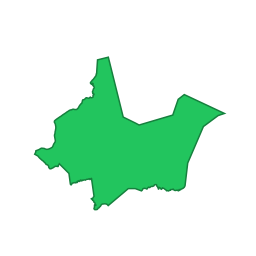 Siguatepeque, Comayagua, Honduras (Mercator projection), rotated 75°
{"feature_id": "27666195B5317078284159", "entity_name": "Siguatepeque", "entity_type": "district", "adm_level": 2, "iso_a3": "HND", "parent_name": "Honduras", "parent_adm1": "Comayagua", "projection": "mercator", "projection_center": [-87.863, 14.653], "detail": "fine", "context": "isolated", "style": "filled", "palette": "green", "viewbox_px": 256, "rotation_deg": 75, "n_neighbors": 0, "source": "geoboundaries", "source_scale": "gbopen_adm2", "svg_char_len": 5599}
<svg xmlns="http://www.w3.org/2000/svg" viewBox="0 0 256 256"><g transform="rotate(75 128 128)"><path d="M201.1,92.9L200.8,92.7L200.7,91.3L200.5,90.4L199.8,89.0L199.1,88.3L198.4,87.8L177.3,79.4L146.1,54.8L139.3,37.7L138.9,31.1L110.3,65.0L113.3,72.1L127.1,81.4L128.0,116.5L125.3,119.4L116.2,129.8L54.5,128.7L54.3,139.8L67.5,144.3L67.7,144.8L68.2,144.9L69.0,145.2L69.4,145.7L70.0,146.5L70.6,147.1L71.0,147.7L71.4,148.2L71.9,148.8L72.2,149.3L72.6,150.2L73.1,150.7L74.3,152.4L74.5,152.5L74.8,152.6L75.3,152.6L75.5,152.5L76.3,151.9L76.4,151.7L76.3,151.4L76.1,151.2L75.6,150.9L75.7,150.6L76.0,150.3L76.4,150.4L77.0,151.1L77.4,151.1L77.7,150.5L77.9,150.4L78.1,150.3L78.5,150.6L79.4,150.2L80.0,150.1L80.3,150.2L80.6,150.3L81.1,151.0L81.4,151.4L82.6,152.0L83.0,152.3L83.3,152.6L83.9,153.0L84.3,153.0L84.5,152.9L84.8,152.8L85.0,152.8L85.5,153.1L85.8,153.0L85.9,152.7L86.1,152.3L86.4,152.1L86.6,152.1L87.2,152.6L87.4,153.0L87.5,153.3L87.9,153.5L88.7,153.6L89.0,153.7L89.2,154.1L89.3,154.6L89.4,155.1L89.3,155.5L89.2,155.9L88.4,156.4L88.4,156.5L88.5,156.6L88.7,156.9L88.9,157.5L89.2,158.1L88.8,158.9L88.6,159.2L88.3,159.8L88.1,160.1L88.0,160.5L88.1,161.0L88.4,161.5L88.8,162.1L89.1,162.8L89.2,163.2L89.1,164.2L89.2,164.5L89.7,164.9L90.7,165.3L90.9,165.5L91.7,166.0L92.1,166.2L92.3,166.6L92.4,167.1L92.6,167.3L93.5,168.6L94.4,169.6L95.4,170.5L95.7,170.7L96.1,171.5L96.4,172.0L96.7,172.5L96.8,173.0L96.5,174.2L96.3,174.8L95.7,175.9L95.6,176.3L95.7,177.3L95.8,177.5L95.8,177.8L95.8,178.2L95.7,178.7L95.8,180.1L96.2,181.0L96.7,182.8L97.3,184.2L98.4,187.6L99.2,189.5L99.4,190.1L99.5,190.6L101.0,194.8L101.8,196.6L102.1,196.9L102.1,197.1L102.3,197.2L102.8,197.5L103.2,197.6L103.6,197.6L104.6,197.3L105.2,197.2L108.0,197.4L109.3,197.7L109.8,197.9L110.6,198.3L111.8,198.8L112.2,199.1L113.1,199.5L114.3,199.9L115.7,200.8L116.4,201.0L117.2,201.1L121.0,201.4L121.5,201.5L122.6,202.0L124.4,204.0L125.9,205.1L126.5,205.6L127.0,206.2L127.1,206.5L127.6,208.5L127.8,210.3L127.8,210.9L127.5,212.3L127.3,212.6L126.8,213.4L126.2,214.0L125.9,214.6L125.2,216.5L125.1,216.8L125.1,217.1L125.3,217.9L125.8,219.6L125.9,220.7L126.0,221.2L126.0,221.7L126.1,222.5L126.1,222.8L127.6,223.5L129.2,224.9L131.2,222.8L131.7,222.3L133.5,221.5L134.4,221.0L137.3,219.1L137.6,218.8L137.8,218.6L137.9,218.4L138.2,218.3L138.7,218.1L138.9,218.0L140.1,217.2L142.0,216.5L142.2,216.3L142.7,215.3L142.9,215.2L143.7,214.8L144.2,214.6L144.5,214.6L145.0,214.7L145.4,214.7L146.4,214.4L146.8,214.3L147.2,213.9L147.3,213.6L147.4,213.1L147.4,212.6L147.1,211.4L147.1,211.0L146.8,210.0L146.3,208.7L146.1,208.2L146.4,207.6L146.5,207.2L146.5,206.6L147.1,205.7L147.0,205.4L146.1,205.0L145.4,204.1L144.8,203.6L156.6,196.8L167.3,198.2L168.0,197.9L168.2,197.7L167.9,197.1L167.3,196.6L167.2,196.5L166.9,196.4L166.9,195.8L166.8,194.6L166.9,194.4L167.0,194.4L167.0,193.7L166.9,193.3L167.0,193.1L167.4,192.8L167.3,192.4L167.2,192.0L167.3,191.7L167.5,191.5L167.5,191.4L167.4,191.1L167.2,191.0L166.8,191.0L166.5,190.9L166.4,190.8L166.4,190.6L166.4,190.4L166.7,189.9L166.6,189.7L166.4,189.6L166.3,189.4L167.0,189.0L167.0,188.9L166.9,188.5L166.2,187.8L166.0,187.5L166.1,187.3L166.8,187.3L166.9,187.1L166.8,186.8L166.7,186.5L166.8,186.5L167.0,186.5L167.1,186.2L166.7,185.6L166.6,185.4L166.8,185.1L166.9,184.9L166.8,184.1L166.8,183.6L166.9,183.4L167.3,182.7L167.3,182.4L167.0,181.9L166.9,181.4L166.9,181.1L167.2,179.7L167.1,179.2L166.9,178.9L166.9,178.7L167.1,178.2L167.8,178.2L167.9,177.8L167.5,177.3L167.2,176.7L167.2,176.4L167.3,176.3L185.2,178.5L185.4,178.9L185.3,179.1L185.2,179.1L185.6,179.2L185.9,179.3L186.4,179.9L186.6,180.1L186.7,180.5L186.8,181.6L186.9,181.8L187.1,181.7L187.5,181.2L187.8,180.8L187.9,180.7L188.1,180.7L188.3,180.7L188.7,180.9L189.2,180.4L189.7,180.0L190.5,180.1L190.8,180.1L191.7,179.4L193.0,179.4L193.5,179.2L194.1,179.0L194.4,179.2L194.4,179.3L194.3,179.5L194.1,179.6L193.5,179.6L193.4,179.7L193.5,180.1L193.7,180.3L196.0,181.0L196.3,181.2L196.7,181.6L197.0,181.7L197.4,181.7L197.7,181.6L198.1,181.4L198.3,181.1L198.4,180.7L198.7,179.4L198.7,179.0L198.6,178.7L198.4,178.3L197.7,177.6L197.7,177.4L197.6,176.8L197.5,176.5L197.0,176.0L196.6,175.1L196.4,174.8L195.5,174.0L195.0,173.1L194.8,172.4L194.9,172.0L195.1,171.0L195.2,170.0L195.8,168.7L196.1,168.3L196.4,168.0L197.0,167.6L197.6,167.3L197.8,167.2L186.6,143.4L188.4,136.7L192.2,131.3L192.1,131.0L191.8,130.5L191.6,130.2L190.6,129.4L190.5,129.0L190.5,128.5L190.4,128.0L190.5,127.7L190.7,127.4L190.8,127.2L190.9,126.9L191.0,126.5L191.2,126.2L191.7,125.8L191.8,125.6L191.8,125.4L191.7,125.1L190.7,124.1L190.5,123.6L190.5,123.4L190.6,123.2L191.1,122.6L191.1,122.2L190.7,121.6L190.5,120.8L190.6,119.9L190.7,119.7L190.8,119.4L190.8,119.2L190.6,118.2L190.5,117.8L189.8,117.3L189.7,117.2L189.9,115.6L190.1,115.2L190.3,115.1L190.5,115.1L190.8,115.2L191.3,115.2L191.7,115.1L192.4,114.7L192.9,114.7L193.2,114.5L193.3,114.4L193.6,114.4L194.5,114.5L194.8,114.4L194.9,114.2L194.5,113.9L193.9,113.8L193.5,113.6L193.4,113.4L193.5,113.3L193.6,113.1L194.6,112.2L195.2,112.0L195.6,111.9L195.8,111.7L195.7,111.4L195.3,110.6L195.2,110.5L194.9,110.4L194.8,110.1L195.4,109.5L195.7,108.9L196.6,108.3L197.6,107.4L198.1,107.2L198.4,107.1L198.6,107.0L198.6,106.7L198.8,106.0L199.3,105.1L199.0,104.0L199.0,103.6L199.1,103.2L198.7,103.0L198.6,102.9L198.5,102.7L198.7,101.9L198.9,101.3L198.8,100.9L198.7,100.5L198.7,100.2L198.8,100.1L199.5,99.8L199.9,99.6L200.1,99.4L200.3,99.1L200.5,98.8L200.6,98.6L200.7,97.6L200.7,97.2L200.7,96.9L200.7,96.6L200.9,96.4L201.7,95.7L201.6,95.1L200.9,94.8L200.7,94.5L200.8,94.4L201.4,94.5L201.5,94.5L201.5,94.2L201.2,93.9L201.1,92.9Z" fill="#22c55e" stroke="#15803d" stroke-width="1.5"/></g></svg>